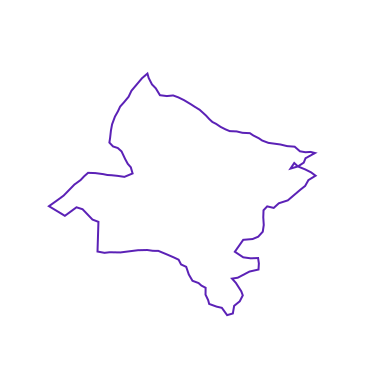 Atalaia, Paraná, Brazil (Equal Earth projection), rotated 51°
{"feature_id": "56859067B91834913468512", "entity_name": "Atalaia", "entity_type": "district", "adm_level": 2, "iso_a3": "BRA", "parent_name": "Brazil", "parent_adm1": "Paraná", "projection": "equal_earth", "projection_center": [-52.06, -23.127], "detail": "fine", "context": "isolated", "style": "outline", "palette": "violet", "viewbox_px": 384, "rotation_deg": 51, "n_neighbors": 0, "source": "geoboundaries", "source_scale": "gbopen_adm2", "svg_char_len": 1753}
<svg xmlns="http://www.w3.org/2000/svg" viewBox="0 0 384 384"><g transform="rotate(51 192 192)"><path d="M238.8,93.6L239.5,86.7L237.2,82.5L239.1,71.9L235.5,74.6L232.5,78.8L228.3,82.5L221.4,83.7L216.2,89.2L210.7,93.4L201.9,101.7L196.1,105.1L192.4,106.2L186.6,108.8L182.7,110.0L177.8,115.5L173.0,119.2L168.4,124.4L164.3,126.6L159.4,128.8L154.2,130.4L150.4,132.1L146.2,132.7L141.4,133.0L133.0,134.3L127.6,136.2L123.3,137.6L115.6,140.4L109.8,143.1L105.1,145.9L101.6,151.2L96.6,156.0L88.6,154.9L83.2,155.4L76.1,153.9L71.9,152.1L72.1,159.2L75.2,175.3L78.1,181.4L79.5,188.5L80.4,194.1L82.7,198.8L84.9,204.4L89.1,211.5L93.1,216.2L98.5,221.7L101.6,225.1L106.9,224.7L111.1,222.0L116.1,221.2L120.6,222.3L124.3,223.2L129.7,224.2L134.3,224.0L140.2,226.5L137.7,235.0L132.6,239.7L128.4,243.9L125.5,247.1L122.3,249.7L116.5,255.2L111.7,260.7L111.9,265.8L112.6,271.1L112.2,278.7L114.0,294.0L113.6,302.5L113.0,312.1L130.5,305.8L131.2,291.4L136.5,287.9L150.8,286.7L156.3,283.5L178.8,302.9L184.2,298.3L187.0,293.9L193.9,285.7L196.5,281.5L203.2,270.7L208.9,263.3L213.1,259.4L216.6,255.2L224.7,250.8L231.4,247.3L236.2,245.0L241.4,246.1L246.5,243.6L254.1,246.4L261.3,247.5L266.9,244.2L270.6,243.6L275.0,241.7L280.3,246.1L286.2,247.5L289.8,249.1L296.6,245.0L300.8,241.7L309.8,242.2L312.1,236.7L307.0,230.9L307.0,223.7L304.3,217.6L300.2,216.2L290.3,215.1L284.5,215.4L287.4,210.4L290.0,197.4L294.1,189.1L289.6,185.0L284.9,182.2L280.5,188.1L275.0,193.3L265.4,196.3L261.4,182.3L266.7,174.5L268.4,168.7L267.4,162.0L262.8,157.0L256.6,152.6L251.2,147.9L250.5,142.6L255.8,138.5L255.4,131.6L258.8,122.8L258.4,106.2L258.5,100.3L256.0,94.0L257.1,85.7L251.7,87.1L245.7,89.8L238.8,93.6ZM238.8,93.6L235.8,100.7L233.8,94.3L238.8,93.6Z" fill="none" stroke="#5b21b6" stroke-width="2"/></g></svg>